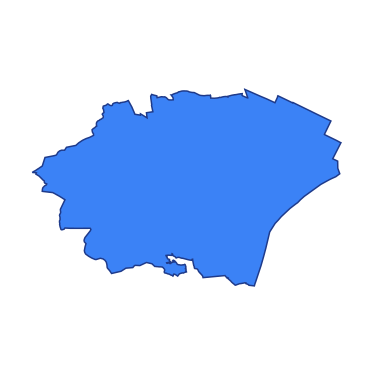 the district of Luncavita, Tulcea, Romania, rotated 81°
{"feature_id": "2599482B10547950725498", "entity_name": "Luncavita", "entity_type": "district", "adm_level": 2, "iso_a3": "ROU", "parent_name": "Romania", "parent_adm1": "Tulcea", "projection": "orthographic", "projection_center": [28.311, 45.281], "detail": "fine", "context": "isolated", "style": "filled", "palette": "blue", "viewbox_px": 384, "rotation_deg": 81, "n_neighbors": 0, "source": "geoboundaries", "source_scale": "gbopen_adm2", "svg_char_len": 5875}
<svg xmlns="http://www.w3.org/2000/svg" viewBox="0 0 384 384"><g transform="rotate(81 192 192)"><path d="M166.6,37.2L166.2,37.9L163.9,40.9L156.2,51.9L155.8,52.2L143.6,43.7L135.2,55.8L119.4,78.3L119.8,78.6L117.1,82.4L110.4,92.1L110.6,92.3L110.8,92.1L116.8,96.1L111.7,103.7L108.3,109.2L98.9,123.8L99.0,123.8L99.1,123.7L101.2,123.3L107.7,122.2L107.7,122.6L105.1,126.7L104.5,127.3L104.4,127.4L104.0,127.4L102.7,127.0L102.6,128.5L102.6,128.8L102.7,129.4L102.6,129.7L102.6,130.6L102.7,133.3L102.6,135.1L102.7,135.6L102.6,136.0L102.7,137.9L103.1,141.7L103.1,141.8L103.7,141.8L103.2,142.6L103.1,143.1L102.9,144.0L102.8,145.6L102.9,147.8L103.1,148.1L103.0,149.0L103.0,149.6L102.8,150.0L103.0,150.6L103.1,152.2L102.9,155.3L102.2,158.8L100.1,158.6L100.1,158.8L99.2,158.8L99.3,159.3L99.2,159.9L98.9,162.2L98.8,165.0L98.0,168.2L97.6,169.3L94.1,174.3L93.8,175.9L93.5,176.9L92.7,179.1L92.0,180.0L91.5,181.2L90.9,184.2L90.7,186.1L91.0,188.8L91.0,189.6L91.7,190.9L91.9,192.7L92.4,195.3L92.7,196.0L92.9,196.8L93.1,197.0L93.0,197.4L95.3,196.2L95.9,196.0L96.9,196.0L98.0,196.1L97.9,198.0L97.4,200.4L96.8,201.2L95.7,202.0L94.9,202.5L93.7,204.0L93.8,204.5L93.1,207.3L93.4,211.7L91.5,211.7L90.3,214.6L89.3,216.6L90.2,217.2L90.8,217.8L93.1,218.0L99.4,218.1L100.1,218.4L106.6,218.1L106.6,224.6L111.7,224.8L106.7,230.7L108.0,231.0L106.3,236.2L98.7,238.1L91.7,240.6L91.8,241.2L92.0,241.7L92.2,242.0L92.3,242.9L92.5,244.1L92.6,245.5L92.5,246.0L92.6,247.4L92.5,248.5L92.8,249.3L93.1,249.5L92.7,250.2L92.6,250.9L91.9,251.6L91.8,252.0L91.8,253.3L92.0,255.2L92.6,256.5L93.4,256.9L94.0,257.3L94.1,257.8L94.0,258.5L93.6,259.4L93.0,260.1L91.9,261.2L91.8,261.4L91.9,261.7L92.0,262.0L92.7,262.9L92.8,263.4L93.0,264.2L93.2,265.8L93.4,266.3L94.5,266.6L95.2,267.0L96.8,266.5L99.6,266.5L99.8,266.6L100.5,268.0L101.1,268.5L102.9,267.8L103.6,267.8L104.4,268.0L104.9,268.4L105.2,269.2L105.8,270.1L106.0,271.3L106.3,271.8L106.7,272.3L107.0,273.6L107.1,273.9L107.6,274.4L107.8,274.8L108.6,275.4L109.3,275.7L110.4,275.8L111.1,276.0L111.6,275.8L112.0,275.8L112.3,276.6L113.4,278.2L113.8,279.4L114.9,281.0L117.1,281.0L118.2,280.7L119.0,280.2L120.7,280.4L122.0,284.5L122.7,288.3L123.8,292.0L125.7,296.2L127.8,299.4L128.2,309.0L130.8,311.3L130.3,314.3L130.7,316.3L131.8,318.2L134.1,320.0L134.4,321.0L134.6,323.1L134.9,331.8L142.9,335.8L146.6,343.9L146.7,344.4L147.7,346.8L147.7,346.7L148.7,342.7L149.9,343.4L152.4,340.5L157.1,337.1L157.8,336.2L159.5,336.3L160.2,336.0L161.3,334.2L162.2,334.7L162.8,336.5L164.4,338.6L165.8,339.3L167.9,339.8L168.2,338.9L170.8,329.6L175.6,323.4L179.8,318.7L188.5,324.7L190.3,324.9L191.2,324.8L192.3,325.2L193.6,326.2L194.3,326.5L196.5,326.3L197.2,326.5L197.5,326.4L198.1,326.6L198.7,326.6L199.8,327.4L201.1,327.6L202.3,327.5L203.2,327.8L206.0,327.7L206.6,327.5L208.0,327.4L208.6,327.2L209.0,326.5L209.0,326.2L208.9,325.5L208.8,324.4L208.6,324.0L207.7,323.1L208.8,318.0L210.4,308.1L211.9,298.2L213.1,297.7L214.4,298.5L220.2,304.8L221.9,305.8L223.1,306.2L224.4,306.1L226.4,304.8L229.4,306.2L232.5,307.3L233.1,307.5L234.8,307.4L236.7,306.7L239.3,304.1L241.5,301.4L243.4,298.4L243.7,297.4L243.1,292.9L244.2,290.3L245.9,288.6L248.0,287.6L250.5,287.4L252.0,287.5L253.0,287.6L254.0,287.4L256.9,285.6L259.9,284.2L259.2,274.5L256.9,269.2L257.4,262.3L255.7,260.3L255.6,259.3L256.5,255.0L254.5,248.0L256.6,242.8L259.7,240.4L259.9,239.4L260.3,238.1L260.4,237.4L260.8,236.2L260.9,235.2L261.5,233.0L262.0,232.6L262.2,232.3L262.6,232.1L263.9,231.3L264.5,231.2L265.0,231.2L266.1,231.8L266.5,231.9L267.2,231.9L267.4,231.8L267.7,231.5L268.2,230.1L269.0,228.8L269.7,227.1L270.7,225.9L270.9,225.6L271.2,224.8L272.1,224.0L271.6,223.5L270.3,223.0L270.3,222.7L270.5,222.0L270.8,221.5L272.8,219.3L271.1,217.5L270.8,217.0L270.4,214.4L270.4,214.1L270.6,213.7L270.7,213.2L270.3,211.9L270.1,210.6L270.1,210.0L269.4,210.0L269.3,210.5L267.1,209.9L266.7,210.5L265.4,209.8L265.0,209.7L264.8,209.9L264.5,210.0L263.6,209.9L263.1,210.0L262.6,210.2L262.4,210.4L262.3,210.6L262.5,210.9L262.6,211.9L262.5,212.8L262.5,213.0L262.5,214.4L262.1,215.3L261.8,216.5L261.1,217.8L260.7,218.0L260.1,218.2L258.9,218.8L258.5,219.2L257.8,219.5L256.7,220.6L256.9,220.9L256.5,221.3L256.9,221.8L257.6,221.0L258.1,220.0L258.3,219.9L258.4,220.0L258.3,220.5L258.3,221.4L258.3,222.2L258.5,222.5L258.3,222.9L258.2,223.6L258.3,223.7L259.1,223.9L259.3,224.1L259.3,224.3L259.2,224.8L259.1,225.2L258.7,225.2L258.2,225.9L258.2,226.1L258.5,226.5L258.5,227.0L258.6,227.4L258.5,227.6L258.4,228.0L257.9,228.1L257.9,227.4L257.9,226.7L257.8,225.0L257.6,224.3L257.5,224.1L257.2,224.3L256.1,225.2L255.9,225.2L255.1,224.8L254.5,226.0L254.4,226.2L254.1,226.4L254.0,226.6L253.2,226.7L252.9,226.9L252.2,226.7L251.8,226.9L251.9,227.2L251.8,227.3L251.5,227.4L251.2,227.4L250.9,227.6L250.6,227.6L250.7,225.1L250.9,224.4L251.5,221.5L251.0,221.5L250.0,221.5L249.8,221.4L250.1,221.0L250.5,220.8L251.1,220.9L251.7,220.7L252.3,220.2L253.4,218.7L254.7,218.0L254.4,216.8L254.4,215.6L254.6,214.8L255.6,213.0L256.1,211.3L258.1,206.8L258.8,205.0L259.4,203.1L259.4,202.9L259.2,202.7L258.8,202.7L258.5,202.5L258.5,201.9L259.5,202.0L265.0,201.8L266.2,201.4L267.3,201.6L268.1,201.1L268.2,200.7L268.3,200.0L268.5,199.6L268.9,198.9L269.4,198.5L270.6,198.1L271.8,197.8L272.7,197.0L273.0,197.0L274.7,195.8L276.1,194.9L277.0,194.6L278.3,194.5L279.7,172.6L279.8,172.6L280.5,172.0L282.4,170.9L282.6,170.5L282.2,170.3L282.7,169.6L283.3,169.9L286.2,167.5L287.0,167.1L288.5,165.9L289.7,164.8L290.7,164.0L290.8,163.8L290.8,163.2L290.5,162.1L290.4,161.3L290.0,159.5L290.1,158.1L290.0,154.1L289.9,154.0L290.3,152.9L290.9,153.1L291.9,151.4L292.4,150.7L293.0,150.4L294.5,145.1L292.7,144.3L290.5,143.1L275.6,135.4L267.0,131.4L259.1,127.9L243.6,121.5L236.0,114.8L233.4,111.4L230.3,107.7L223.5,97.7L220.2,91.7L219.1,89.4L216.6,86.1L213.9,81.9L204.6,63.5L201.4,54.6L200.5,51.7L199.4,47.6L197.1,43.2L191.4,44.3L184.3,43.3L181.2,47.8L166.6,37.2Z" fill="#3b82f6" stroke="#1e3a8a" stroke-width="1.5"/></g></svg>